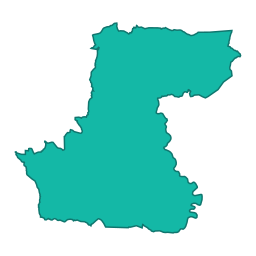 outline of Chilcuautla, Hidalgo, Mexico
{"feature_id": "50627088B382438860006", "entity_name": "Chilcuautla", "entity_type": "district", "adm_level": 2, "iso_a3": "MEX", "parent_name": "Mexico", "parent_adm1": "Hidalgo", "projection": "orthographic", "projection_center": [-99.261, 20.328], "detail": "fine", "context": "isolated", "style": "filled", "palette": "teal", "viewbox_px": 256, "rotation_deg": 0, "n_neighbors": 0, "source": "geoboundaries", "source_scale": "gbopen_adm2", "svg_char_len": 5724}
<svg xmlns="http://www.w3.org/2000/svg" viewBox="0 0 256 256"><path d="M37.5,152.4L34.3,153.9L33.1,151.9L31.9,149.0L31.3,148.5L29.6,148.4L28.8,148.6L28.4,150.8L25.4,150.5L25.4,154.4L21.2,154.3L16.9,153.0L16.0,151.8L15.4,152.0L15.5,152.6L16.5,153.3L16.0,154.6L17.2,156.1L17.7,157.5L20.9,160.2L21.6,161.6L23.1,162.2L24.0,162.1L24.4,162.7L24.0,163.7L24.0,164.9L24.2,165.6L25.2,166.1L25.4,166.5L26.2,167.1L26.2,168.3L26.5,168.9L26.3,170.3L26.7,171.7L26.6,173.3L27.0,174.7L31.8,178.8L35.0,181.0L36.6,184.6L37.2,187.2L38.8,189.2L39.4,192.6L40.1,194.9L39.9,195.8L40.4,196.4L40.0,197.2L40.1,198.4L39.7,199.4L39.6,201.1L39.9,202.2L39.3,203.1L39.0,204.3L38.4,205.0L38.7,205.5L38.5,207.1L38.9,207.3L38.9,209.7L39.4,213.6L40.5,215.6L40.5,217.1L42.2,217.3L44.1,218.2L44.5,218.5L44.6,219.3L45.0,219.8L46.3,219.8L48.2,218.5L48.7,218.6L49.1,219.2L50.0,219.1L50.4,219.7L52.0,220.0L53.7,218.9L54.9,218.6L56.0,219.1L57.6,220.3L59.0,220.4L59.4,220.1L60.1,220.1L64.2,221.8L64.8,221.8L67.5,219.6L70.1,219.2L72.7,219.6L73.3,220.7L73.7,220.9L74.4,220.1L75.6,220.5L77.1,220.0L80.8,221.5L84.6,221.7L87.8,223.4L88.0,224.3L88.8,225.0L90.2,225.1L90.9,225.8L91.5,224.1L92.5,223.8L96.1,220.5L98.3,218.8L98.8,218.7L100.8,219.7L101.8,220.6L103.8,223.4L105.6,227.0L128.3,227.7L128.7,227.1L130.7,227.1L136.4,225.7L142.1,227.9L142.7,224.5L143.3,224.7L143.9,225.6L147.5,227.7L148.7,229.0L150.9,230.1L151.4,231.0L153.6,231.7L155.2,231.0L159.6,230.8L161.2,231.3L163.2,232.2L165.2,232.5L167.8,232.3L173.2,232.9L174.0,232.5L177.0,232.4L178.6,231.7L180.4,229.1L182.0,228.8L183.0,229.2L183.7,228.8L184.7,227.9L185.7,226.3L187.0,222.3L187.6,219.0L188.2,217.7L189.7,217.0L190.9,216.7L192.4,216.9L195.4,218.1L196.3,217.9L196.9,217.3L197.1,215.1L195.9,213.3L194.6,212.7L190.4,212.1L189.7,211.6L189.5,210.8L190.0,209.9L190.9,209.3L191.9,209.1L193.8,209.2L195.0,207.8L195.0,207.4L194.6,206.7L191.2,205.5L191.3,204.5L191.7,204.1L193.5,203.3L195.1,203.3L196.1,203.5L197.7,204.6L199.2,205.1L200.0,205.1L200.6,204.6L202.0,199.7L202.1,196.7L201.9,194.9L201.4,194.5L200.6,194.5L195.2,195.6L194.1,195.5L192.7,194.5L192.5,194.0L192.9,191.6L197.3,187.6L197.2,186.5L195.5,183.4L194.2,182.3L193.3,182.2L191.6,183.4L190.0,183.6L188.9,183.0L188.1,182.2L187.5,179.0L185.8,177.2L184.6,176.5L181.9,176.6L180.1,176.2L179.6,175.7L179.7,174.0L178.6,171.9L178.0,171.5L176.1,171.4L174.6,170.4L173.8,169.1L173.8,168.3L175.3,166.3L176.2,164.2L176.2,162.3L175.8,160.6L175.3,159.4L174.7,158.7L173.1,157.6L171.9,153.9L170.5,152.2L169.1,151.2L166.2,149.9L165.1,149.7L163.9,148.2L163.9,147.3L165.7,146.5L166.9,145.3L167.5,143.3L169.6,141.3L170.5,139.8L170.9,138.9L170.9,137.3L170.4,135.8L168.8,134.1L167.1,133.1L166.4,132.4L166.0,131.2L165.7,129.0L166.4,126.9L166.0,125.8L165.1,124.7L164.9,123.5L166.0,122.5L167.3,120.4L166.9,118.9L165.8,118.5L164.9,117.4L162.6,113.6L160.9,113.1L159.0,113.7L157.6,113.7L156.4,113.1L156.2,112.1L157.1,109.0L157.1,108.3L158.7,105.4L158.9,104.3L158.5,101.3L157.6,99.1L157.7,98.2L160.5,97.8L161.7,97.0L162.0,96.2L163.4,96.4L165.1,95.9L165.9,96.1L167.2,95.6L167.8,94.8L169.8,94.9L171.4,94.3L173.1,94.9L174.8,96.5L177.0,96.7L178.2,97.1L179.2,97.0L179.8,96.3L181.0,96.3L182.3,95.8L183.3,93.0L184.7,91.8L186.2,91.9L187.0,92.4L187.4,92.3L188.1,90.9L188.1,90.1L188.5,89.7L189.2,90.0L189.1,90.9L190.2,90.8L190.6,91.2L190.6,91.6L189.6,93.6L190.2,95.9L190.7,96.6L192.7,96.3L194.3,95.1L199.0,94.8L202.5,96.7L205.4,97.9L207.9,96.6L218.0,89.6L223.5,82.0L232.0,75.8L231.4,71.0L229.9,69.3L229.8,68.6L229.8,67.0L230.3,65.6L230.8,62.2L232.2,61.3L234.3,58.8L235.3,57.9L235.8,58.0L238.0,56.4L240.0,56.7L240.6,55.7L240.1,53.9L239.4,53.5L237.5,51.3L237.2,51.1L236.8,51.5L235.3,50.4L234.4,50.4L231.7,48.1L230.8,48.0L230.1,46.8L228.0,46.2L228.3,44.2L229.0,43.2L228.9,41.7L229.7,38.8L229.9,37.0L230.9,33.5L231.6,32.3L231.9,30.5L209.8,32.2L198.1,32.3L197.5,33.0L193.4,35.2L190.9,35.6L188.5,34.4L187.9,34.5L185.7,33.2L184.4,32.1L182.8,31.5L181.7,30.5L180.1,30.0L177.0,30.2L174.0,29.7L173.2,30.4L171.6,30.5L168.7,29.4L165.4,27.6L164.5,28.3L163.1,28.1L161.5,29.0L160.9,28.8L160.7,28.2L157.8,27.9L148.9,27.8L144.9,28.7L141.4,27.1L138.9,27.4L137.9,26.9L137.0,25.7L136.6,25.5L135.9,27.7L135.3,27.9L134.0,27.2L133.8,27.3L133.7,28.2L132.7,28.6L132.2,31.4L131.7,31.7L131.5,32.7L129.9,32.7L129.6,33.6L128.5,33.9L127.7,33.1L123.8,31.0L120.4,30.8L118.8,31.1L117.6,29.4L116.7,26.2L117.0,24.6L116.8,23.1L114.3,23.4L112.0,25.4L110.4,25.6L109.5,26.6L107.1,26.8L103.9,28.0L103.1,28.7L101.6,31.3L100.4,32.8L98.6,33.6L93.3,34.7L92.6,35.2L93.2,37.2L93.8,40.5L94.9,43.8L95.6,44.8L94.2,46.0L93.3,47.5L91.6,47.9L91.1,48.4L96.6,49.4L97.3,48.4L98.2,48.0L98.5,47.4L99.0,47.7L98.6,49.2L97.4,50.5L97.5,53.6L97.2,56.3L96.2,59.5L95.6,60.4L95.7,61.5L95.1,63.8L95.5,64.7L95.0,65.1L95.4,66.2L95.4,67.7L93.4,69.5L91.3,72.2L91.1,76.0L89.7,79.8L90.5,80.9L90.8,82.4L91.6,83.2L91.6,84.4L91.9,85.0L91.5,86.4L92.9,87.9L92.7,89.7L93.4,90.8L92.4,90.6L92.1,91.5L91.4,92.4L91.3,93.1L91.7,93.6L91.9,94.9L91.4,95.3L91.3,95.8L91.7,96.2L91.9,97.6L89.8,99.3L88.7,102.0L88.3,109.1L88.7,111.1L88.5,112.0L87.8,112.8L88.1,114.6L86.9,115.3L86.4,117.1L85.1,116.8L83.5,116.9L82.3,117.2L81.4,118.1L80.2,117.5L78.6,117.2L75.2,117.5L75.1,119.6L75.4,120.0L76.2,120.3L76.7,121.0L77.2,120.9L77.4,122.7L78.1,123.3L78.8,124.7L79.5,125.3L81.4,128.0L81.6,129.4L82.3,130.8L82.2,131.9L81.4,133.1L80.6,133.3L79.3,133.0L74.1,131.6L72.6,130.3L70.5,129.7L70.2,130.4L70.1,132.1L68.6,132.7L67.5,132.6L65.6,134.9L65.2,135.9L64.3,136.5L64.6,149.0L63.9,149.9L62.8,150.2L61.9,149.2L60.5,148.4L58.5,148.2L57.3,147.6L53.1,142.4L51.9,142.2L48.0,143.2L47.3,143.0L45.1,141.2L44.8,141.2L44.7,141.9L45.7,143.1L45.8,144.9L45.2,147.5L44.9,148.0L44.3,148.8L43.4,149.3L42.5,150.9L41.4,151.1L41.0,152.1L38.7,152.1L37.5,152.4Z" fill="#14b8a6" stroke="#0f766e" stroke-width="1.5"/></svg>